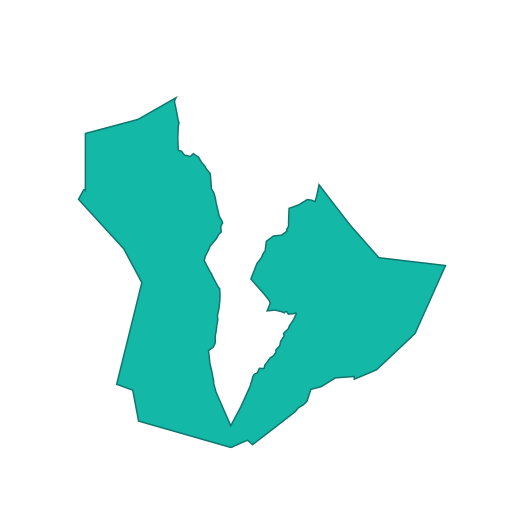 the district of San Francisco Chapulapa, Oaxaca, Mexico, rotated 340°
{"feature_id": "50627088B25039940619892", "entity_name": "San Francisco Chapulapa", "entity_type": "district", "adm_level": 2, "iso_a3": "MEX", "parent_name": "Mexico", "parent_adm1": "Oaxaca", "projection": "mercator", "projection_center": [-96.741, 17.913], "detail": "fine", "context": "isolated", "style": "filled", "palette": "teal", "viewbox_px": 512, "rotation_deg": 340, "n_neighbors": 0, "source": "geoboundaries", "source_scale": "gbopen_adm2", "svg_char_len": 2630}
<svg xmlns="http://www.w3.org/2000/svg" viewBox="0 0 512 512"><g transform="rotate(340 256 256)"><path d="M137.6,82.5L118.1,136.0L117.6,134.9L116.6,135.0L108.6,142.0L123.9,179.1L134.2,204.0L139.6,242.0L81.2,328.9L94.3,339.9L89.2,371.0L166.4,427.0L168.0,427.5L169.7,427.1L172.6,427.0L179.3,426.5L185.0,426.2L188.3,432.1L215.0,423.6L232.7,417.9L239.8,415.6L243.7,413.2L249.3,412.1L249.7,412.0L254.2,409.9L256.4,407.1L259.7,402.9L261.9,400.1L272.7,401.1L286.0,398.3L289.0,397.7L307.0,402.8L306.2,405.4L316.6,404.9L324.4,404.5L330.5,404.1L332.4,403.3L338.9,400.5L379.0,383.2L430.8,329.8L413.0,320.8L399.0,313.8L392.5,310.5L381.6,305.0L370.8,299.6L367.9,292.0L364.7,283.9L358.6,268.3L357.2,264.8L354.8,258.5L351.9,249.5L350.8,246.0L343.7,223.7L339.6,210.6L335.7,217.0L332.8,221.4L330.1,225.0L327.1,222.4L323.4,220.5L313.7,222.5L304.2,222.6L303.4,222.5L298.1,235.4L297.2,238.2L296.1,239.8L294.0,241.4L293.6,243.2L287.1,245.2L281.6,243.7L279.0,243.2L270.8,245.7L266.1,254.7L265.1,255.0L262.7,257.0L260.7,259.3L254.2,263.5L243.3,275.9L250.7,294.8L253.0,301.5L253.4,305.0L247.7,311.4L255.3,313.3L260.8,316.9L263.2,319.1L264.3,318.3L265.8,318.8L266.5,321.7L271.7,323.1L273.7,322.9L274.0,323.3L274.1,324.0L269.8,328.4L267.8,330.0L263.4,333.1L262.8,333.9L261.4,335.5L256.8,337.5L255.3,338.3L255.1,339.3L255.3,340.7L250.1,344.5L247.6,348.5L244.4,350.2L242.5,351.1L242.0,353.1L238.1,355.9L234.9,356.4L232.7,357.8L229.2,360.2L226.9,361.6L225.3,364.3L223.8,364.0L220.9,362.7L220.7,362.8L218.1,365.5L217.0,366.3L216.5,366.4L214.2,366.5L213.0,367.2L212.3,367.8L211.4,368.8L208.9,372.6L208.7,372.9L208.0,373.4L206.9,375.0L206.4,375.8L206.3,376.0L190.3,392.4L174.2,406.9L171.9,370.1L172.7,360.9L173.5,358.8L175.1,348.5L176.0,341.0L179.0,328.7L184.8,326.9L188.1,323.6L190.1,317.7L193.4,312.0L195.8,307.0L198.4,302.8L199.4,298.6L203.1,293.0L206.4,286.2L207.9,282.8L209.1,279.6L209.8,277.2L210.7,274.3L209.9,272.2L209.8,271.9L208.0,259.1L208.2,258.5L207.6,255.6L207.5,255.3L205.7,242.6L206.8,241.1L206.9,240.9L208.2,239.0L214.6,233.0L216.0,231.2L224.7,226.2L227.3,223.9L229.0,222.5L230.1,222.1L231.6,221.5L232.8,216.6L234.7,214.4L235.9,213.7L236.0,211.8L235.1,205.9L236.5,194.4L236.8,191.7L237.4,189.0L237.9,184.6L237.9,182.4L237.1,177.7L241.2,163.0L238.8,156.1L239.0,154.9L237.5,151.2L237.2,150.6L236.1,145.4L235.9,143.7L232.1,138.4L228.2,140.0L225.2,137.8L224.8,137.6L223.3,136.9L221.7,131.8L219.7,130.7L219.4,129.2L222.6,119.1L227.0,108.3L229.2,104.3L229.3,104.2L229.0,103.8L229.5,100.7L231.4,88.9L232.0,84.1L232.7,82.3L233.0,81.8L233.3,81.4L233.9,80.8L234.9,79.9L191.7,87.3L137.6,82.5Z" fill="#14b8a6" stroke="#0f766e" stroke-width="1.5"/></g></svg>